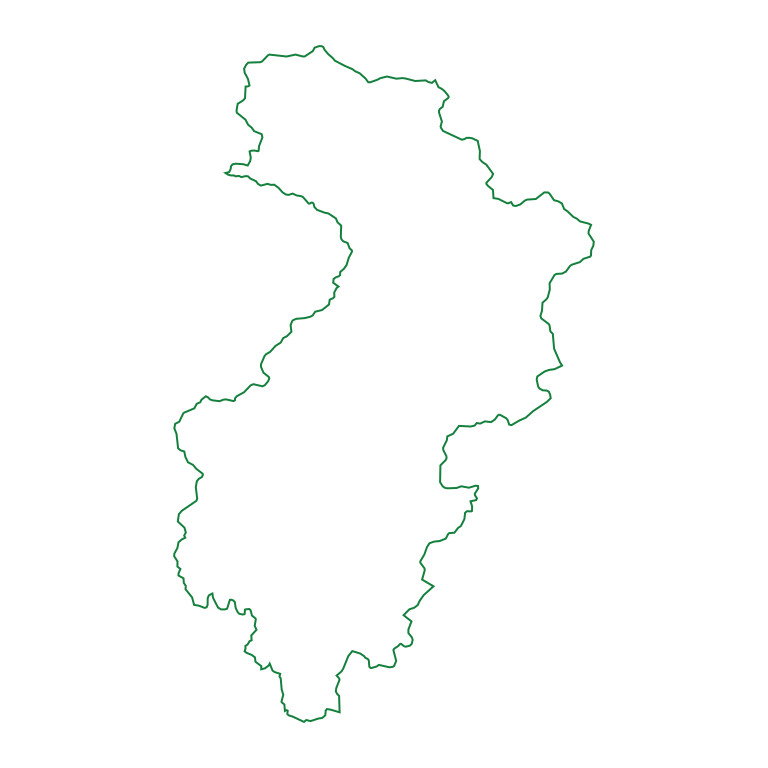 the district of Thach An, Cao Bằng, Vietnam, rotated 90°
{"feature_id": "81297802B24341511138047", "entity_name": "Thach An", "entity_type": "district", "adm_level": 2, "iso_a3": "VNM", "parent_name": "Vietnam", "parent_adm1": "Cao Bằng", "projection": "natural_earth1", "projection_center": [106.311, 22.48], "detail": "fine", "context": "isolated", "style": "outline", "palette": "green", "viewbox_px": 768, "rotation_deg": 90, "n_neighbors": 0, "source": "geoboundaries", "source_scale": "gbopen_adm2", "svg_char_len": 6114}
<svg xmlns="http://www.w3.org/2000/svg" viewBox="0 0 768 768"><g transform="rotate(90 384 384)"><path d="M333.8,215.2L331.4,217.6L325.2,218.5L323.9,219.4L318.4,226.7L315.9,227.6L310.8,226.0L302.7,225.5L299.5,221.8L297.2,220.2L289.5,218.2L283.2,218.4L274.9,213.4L273.9,211.5L273.6,206.0L271.6,202.1L266.0,198.0L264.7,196.2L262.1,188.1L258.8,184.5L256.6,177.7L255.4,177.0L250.1,176.8L245.8,174.7L241.7,174.2L233.5,179.5L231.0,179.3L224.8,176.9L223.5,179.8L221.4,188.0L218.7,191.1L216.9,194.7L211.4,200.4L209.1,203.8L203.5,206.1L201.3,209.8L200.2,214.0L194.0,218.2L192.5,219.8L192.4,223.7L199.0,232.2L199.6,240.9L200.5,243.0L204.5,247.8L206.0,252.2L205.5,254.9L202.1,256.9L203.3,259.9L203.2,261.0L198.9,269.6L198.1,274.5L190.0,275.0L185.9,280.0L183.8,281.7L182.8,281.6L177.2,276.4L173.9,274.9L164.6,281.7L162.0,285.7L159.0,288.4L151.0,288.1L140.9,290.3L138.3,295.7L137.8,298.7L137.9,301.6L139.1,303.5L139.7,306.2L131.0,324.9L128.2,326.8L126.6,327.4L121.5,326.1L112.8,328.9L110.7,329.0L109.0,328.2L106.8,325.3L101.3,324.1L97.9,319.7L96.9,319.3L95.6,319.8L91.0,323.6L88.8,326.3L87.2,329.5L80.2,332.8L82.9,336.1L82.0,339.6L80.4,342.3L81.0,352.8L78.4,362.9L78.1,365.8L78.7,371.6L76.5,381.0L78.2,387.8L79.7,390.5L82.2,397.5L82.3,399.7L78.5,402.5L73.2,408.4L71.3,412.8L69.3,415.3L66.1,422.7L60.7,433.1L58.2,435.1L54.1,439.8L49.7,443.5L47.2,444.6L46.3,445.9L46.1,447.5L46.1,449.0L47.7,453.4L51.1,455.2L56.4,463.2L56.5,465.0L54.6,472.5L56.5,481.4L54.6,498.5L55.1,499.8L61.3,505.8L62.2,507.5L62.6,519.7L64.8,521.8L68.7,523.9L72.8,523.3L79.0,520.0L85.5,518.5L86.3,519.7L86.6,522.4L98.3,523.0L100.5,525.0L103.8,530.3L110.7,531.5L112.8,531.1L119.7,522.5L124.7,519.9L127.6,516.4L131.2,513.8L134.2,506.3L137.4,505.6L146.0,508.9L150.8,509.4L151.2,510.2L150.5,513.8L150.8,517.2L151.4,518.4L157.8,517.2L161.2,517.9L165.5,520.3L164.2,524.9L163.7,532.3L164.4,535.5L166.1,536.9L169.5,537.5L172.1,538.9L173.0,542.5L174.7,539.8L175.5,536.8L175.4,534.2L176.3,532.4L175.9,529.1L177.1,526.6L176.1,522.4L176.3,520.0L178.5,517.8L181.2,512.0L184.0,509.9L185.6,507.1L183.9,500.6L184.9,496.8L184.7,493.8L187.7,489.6L192.3,485.5L194.4,482.3L194.9,479.5L193.6,475.3L195.4,471.5L196.3,466.4L197.1,465.0L203.6,459.3L203.6,458.3L202.6,456.6L202.7,455.3L204.0,454.3L207.0,453.6L209.9,450.9L212.7,443.3L213.4,439.7L218.4,432.1L222.3,430.5L225.6,426.8L236.8,427.2L239.4,426.5L241.3,424.8L243.0,420.4L248.3,418.4L250.2,416.3L251.4,415.9L257.7,419.2L265.2,421.5L268.8,424.1L272.0,427.8L275.1,427.9L276.3,429.2L277.1,431.7L278.9,434.4L282.7,434.8L286.6,429.5L288.0,431.4L292.6,433.8L296.9,433.6L298.2,435.0L299.7,438.3L304.5,439.0L310.0,445.9L311.7,452.8L315.5,455.4L316.7,457.6L318.1,463.2L318.8,471.6L320.1,474.8L321.1,475.8L325.1,477.4L331.8,476.6L336.3,481.2L338.0,484.7L342.6,487.3L345.9,492.5L351.9,497.9L354.2,501.9L356.1,503.5L364.3,507.0L366.8,507.0L372.6,504.6L377.0,499.2L378.3,498.7L381.3,499.9L385.3,503.3L386.3,505.5L384.2,514.6L385.4,517.4L392.3,524.0L396.2,531.2L398.4,533.0L400.3,533.1L401.1,534.4L399.4,541.9L399.7,544.7L401.2,548.5L400.3,555.6L399.4,558.0L397.1,560.3L396.3,562.3L399.7,566.5L402.3,567.8L403.8,571.3L408.3,573.6L412.6,583.8L413.5,584.8L421.7,588.7L423.8,592.8L428.2,593.7L433.8,591.5L448.3,589.9L450.3,587.5L451.5,583.7L457.0,582.6L462.3,580.0L464.9,575.0L468.9,571.6L473.7,565.4L474.8,565.1L477.0,566.1L478.9,569.3L481.3,571.2L487.2,572.2L498.6,570.8L500.8,571.6L510.8,586.2L514.2,589.1L521.5,590.2L527.7,583.5L532.6,582.2L535.5,583.8L537.7,582.8L539.5,586.3L542.3,589.5L548.0,590.6L553.7,593.7L556.3,593.8L561.4,590.5L566.5,590.6L569.0,587.6L573.1,589.4L575.5,589.6L578.3,584.5L582.9,584.2L585.9,582.2L589.2,582.5L597.4,575.9L604.9,573.9L605.7,569.0L607.9,563.4L607.3,561.4L604.9,560.4L598.2,560.3L596.2,559.5L595.2,558.9L593.5,555.6L597.6,555.0L603.3,552.2L607.6,549.9L609.4,547.0L609.4,543.1L608.7,540.9L599.9,538.1L599.7,536.9L600.4,534.8L602.0,533.2L608.0,532.3L612.1,530.3L613.7,528.9L614.5,525.6L614.3,523.9L613.9,523.3L609.7,523.1L609.4,522.6L609.0,518.8L610.0,517.5L615.6,516.0L618.4,512.5L619.3,512.2L625.9,513.3L629.8,511.5L635.4,516.7L640.3,516.4L641.1,518.4L644.6,520.5L645.9,522.6L648.7,522.5L651.3,523.4L652.8,521.5L654.9,516.4L657.3,513.1L661.8,512.5L666.1,506.7L669.3,506.8L668.3,503.0L665.5,499.3L663.6,498.3L670.7,495.4L672.1,493.3L673.8,487.8L676.6,488.5L678.3,487.3L689.6,486.3L694.7,484.7L701.5,486.5L702.3,486.3L704.5,483.6L710.9,483.1L710.1,481.7L710.7,480.3L714.0,480.7L715.3,479.4L716.6,475.3L721.9,464.0L720.0,461.7L721.1,457.5L718.5,449.5L718.0,445.8L715.3,442.7L710.6,442.3L709.1,441.1L709.6,437.5L712.3,428.4L695.8,428.9L693.9,430.9L691.3,432.2L688.0,431.7L679.9,428.5L678.4,428.8L675.6,431.4L671.4,426.5L668.7,424.8L656.1,419.7L651.1,415.7L653.6,407.6L656.3,403.7L657.7,402.8L659.0,400.2L660.4,399.2L666.6,398.7L667.9,397.6L668.0,396.5L666.5,391.4L664.9,389.1L667.3,378.6L666.8,375.1L665.9,373.9L660.9,371.8L650.1,374.6L648.7,373.8L646.1,369.9L643.9,367.8L643.9,366.9L646.3,363.8L646.7,362.2L645.6,358.0L643.9,356.3L639.8,355.3L637.1,356.3L633.1,359.6L629.5,359.6L621.4,356.5L615.2,364.4L609.3,358.6L607.7,353.7L605.1,350.3L600.8,348.3L595.1,344.3L586.3,334.5L579.6,345.9L570.0,343.2L568.2,343.6L562.7,347.7L561.3,347.7L554.6,343.7L547.1,341.0L543.2,338.5L541.6,333.8L541.0,328.2L538.6,322.2L534.0,319.8L533.1,318.7L532.7,313.6L527.9,309.9L526.0,307.1L519.1,303.6L512.8,302.9L511.2,301.0L511.4,296.8L510.9,296.0L506.3,295.9L501.3,297.5L500.1,291.9L498.4,291.0L495.1,293.1L493.7,293.2L488.4,289.8L486.0,290.0L485.7,292.4L487.7,299.1L486.3,306.7L488.0,311.5L488.3,320.9L487.7,323.4L486.3,325.3L482.2,327.9L465.4,327.6L459.8,322.1L458.3,321.5L456.1,321.6L450.1,324.7L447.8,324.9L440.1,321.1L436.4,320.7L433.8,314.9L425.9,309.0L426.5,297.4L425.6,293.4L423.0,291.2L423.6,287.9L421.4,283.1L422.1,276.9L419.5,273.1L415.5,270.2L414.8,269.1L414.8,268.0L418.3,261.7L420.1,260.3L424.6,258.8L425.1,256.5L420.6,248.8L417.6,242.2L411.0,234.7L401.9,221.1L398.2,217.3L394.6,217.9L391.7,219.2L390.6,221.1L390.3,225.3L388.4,228.7L386.4,229.9L379.6,231.3L376.5,230.7L371.5,223.4L369.9,218.9L369.2,213.6L365.6,205.9L362.1,208.1L348.7,213.9L333.8,215.2Z" fill="none" stroke="#15803d" stroke-width="2"/></g></svg>